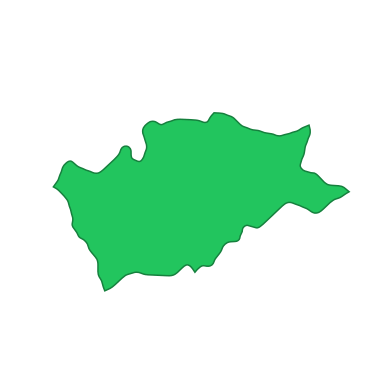 Rancho Arriba, San José de Ocoa, Dominican Republic (Albers equal-area conic projection), rotated 137°
{"feature_id": "3306468B42519572872146", "entity_name": "Rancho Arriba", "entity_type": "district", "adm_level": 2, "iso_a3": "DOM", "parent_name": "Dominican Republic", "parent_adm1": "San José de Ocoa", "projection": "albers", "projection_center": [-70.446, 18.713], "detail": "fine", "context": "isolated", "style": "filled", "palette": "green", "viewbox_px": 384, "rotation_deg": 137, "n_neighbors": 0, "source": "geoboundaries", "source_scale": "gbopen_adm2", "svg_char_len": 3952}
<svg xmlns="http://www.w3.org/2000/svg" viewBox="0 0 384 384"><g transform="rotate(137 192 192)"><path d="M60.8,161.1L66.7,163.3L68.4,163.8L71.8,164.4L73.5,164.9L74.2,165.2L77.8,167.1L81.0,168.4L85.2,170.8L88.3,172.3L89.6,173.2L90.7,174.4L91.7,175.7L93.1,178.7L94.0,180.1L97.6,184.7L98.6,186.1L100.9,190.6L101.8,192.0L105.1,195.9L106.4,198.0L107.8,201.1L109.7,204.7L110.3,206.3L110.7,208.9L111.0,217.1L111.3,218.8L111.8,220.4L113.7,224.0L115.1,227.1L116.0,228.5L118.2,231.1L121.9,234.9L125.5,234.6L127.2,234.3L128.8,233.9L130.8,233.2L132.1,232.9L132.8,232.9L133.5,233.0L134.7,233.7L135.3,234.2L136.2,235.4L138.0,239.0L139.0,240.5L140.2,242.0L144.2,246.3L151.0,253.2L153.2,255.1L155.5,256.7L158.7,258.0L163.0,260.2L166.8,261.3L168.1,261.9L168.7,262.4L169.5,263.7L170.5,267.3L171.1,268.8L172.1,270.1L172.7,270.7L174.0,271.6L174.8,272.0L175.7,272.2L177.4,272.5L179.2,272.6L181.0,272.6L183.6,272.1L185.2,271.3L186.5,270.3L187.5,269.0L188.0,268.3L189.3,265.3L191.1,261.7L192.9,257.9L193.8,256.6L194.9,255.4L196.2,254.4L199.3,252.9L203.4,250.6L205.0,250.1L206.5,249.7L207.8,249.6L208.6,249.7L209.3,250.0L209.9,250.4L210.8,251.6L212.5,255.5L212.8,256.9L212.8,257.6L212.7,258.4L212.3,259.1L211.4,260.5L208.6,263.6L207.8,265.1L207.6,265.9L207.5,267.6L207.7,268.5L208.0,269.3L208.9,270.5L210.2,271.5L211.0,271.8L212.6,272.1L213.5,272.0L215.0,271.6L217.7,270.2L219.3,269.6L221.1,269.2L223.0,269.0L227.0,268.8L241.8,268.8L244.6,269.0L246.5,269.4L247.4,269.7L248.8,270.6L249.4,271.2L250.5,272.4L251.3,273.8L252.6,276.8L254.6,280.4L255.9,283.6L257.3,286.5L257.9,288.0L258.3,289.7L258.8,294.7L259.1,296.2L259.4,297.0L259.9,297.6L260.6,298.1L261.3,298.5L262.8,298.9L264.5,299.0L267.1,298.9L268.8,298.5L270.4,297.9L273.9,295.9L277.1,294.5L281.4,292.2L283.0,291.7L289.9,290.3L289.0,287.5L288.6,285.7L288.4,283.8L288.3,280.0L288.3,276.1L288.5,273.2L288.7,271.3L288.9,270.4L289.5,268.8L291.4,265.2L292.7,262.1L295.1,257.9L296.6,254.9L297.5,253.6L298.6,252.5L301.5,250.3L302.0,249.7L302.4,249.1L303.0,247.6L303.9,240.9L305.0,237.4L305.2,236.0L305.0,234.7L303.8,231.1L303.6,228.6L303.7,226.9L304.0,225.2L306.0,220.8L306.4,219.0L306.7,216.2L307.0,210.4L307.4,207.6L308.2,205.9L309.2,204.3L310.4,202.9L315.0,198.0L316.7,195.7L317.1,194.9L317.7,193.3L318.4,189.9L318.9,188.3L321.6,183.1L323.2,179.2L317.8,177.4L315.0,176.9L311.2,176.7L301.6,176.7L297.8,176.4L296.9,176.2L295.3,175.6L288.7,172.3L287.4,171.3L285.8,169.5L285.0,168.1L283.4,165.0L282.4,163.5L280.5,161.3L267.4,147.9L265.3,145.9L263.8,144.8L262.1,143.9L260.3,143.4L257.5,143.1L250.9,143.2L248.2,143.1L246.6,142.7L245.8,142.4L245.1,141.9L244.6,141.2L244.3,140.5L244.0,139.7L243.8,138.1L243.9,135.5L244.6,131.3L241.2,131.7L239.4,131.7L236.9,131.6L235.3,131.2L234.0,130.4L233.5,129.9L231.8,127.7L230.2,126.2L228.9,125.5L227.3,125.1L226.5,125.1L224.9,125.4L221.4,127.0L219.6,127.4L213.9,128.3L212.0,128.7L210.4,129.2L207.5,130.6L205.9,131.1L203.3,131.3L200.7,130.9L199.1,130.2L197.6,129.2L194.2,126.4L192.9,125.5L191.4,125.1L189.9,125.1L188.7,125.6L186.7,127.0L182.8,128.6L182.2,128.9L180.8,130.1L179.7,130.8L178.2,131.1L176.7,131.1L175.3,130.6L174.6,130.2L174.1,129.7L169.5,122.1L169.0,121.5L168.3,121.0L166.6,120.4L164.8,120.2L161.9,120.0L135.4,120.2L132.5,120.0L130.6,119.6L129.7,119.2L128.3,118.4L127.1,117.2L126.2,115.9L124.4,112.2L122.5,108.6L121.2,105.4L119.5,101.8L119.0,100.2L118.1,96.0L117.5,94.4L116.7,93.0L115.5,91.9L114.8,91.4L113.2,90.6L110.4,90.1L107.5,90.0L98.4,90.1L94.5,89.7L92.7,89.3L89.0,87.6L87.5,87.0L85.7,86.6L80.4,85.8L76.9,85.0L77.5,89.9L77.8,91.7L78.4,93.4L78.8,94.2L80.5,96.5L85.1,101.4L86.3,102.8L87.4,104.4L87.8,105.2L88.3,107.1L88.6,108.9L88.7,117.5L88.8,119.3L89.1,121.0L89.7,122.5L91.9,125.0L95.1,130.3L95.7,131.9L95.9,132.7L95.9,134.4L95.9,135.2L95.4,136.7L95.0,137.4L93.8,138.4L89.2,141.1L86.1,142.4L84.5,143.2L83.0,144.2L78.7,147.6L77.2,148.5L74.1,149.9L70.5,151.9L67.5,153.2L66.1,154.0L64.8,155.1L63.2,156.9L60.8,161.1Z" fill="#22c55e" stroke="#15803d" stroke-width="1.5"/></g></svg>